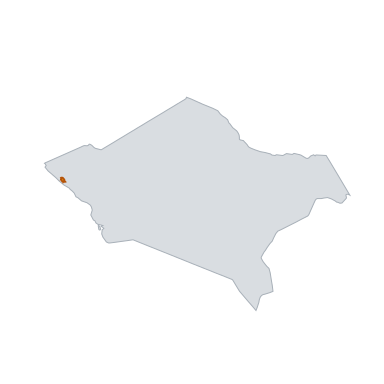 Rabai, Coast, Kenya (highlighted), rotated 112°
{"feature_id": "3690345B74333595130890", "entity_name": "Rabai", "entity_type": "district", "adm_level": 2, "iso_a3": "KEN", "parent_name": "Kenya", "parent_adm1": "Coast", "projection": "equal_earth", "projection_center": [39.614, -3.885], "detail": "fine", "context": "in_parent", "style": "filled", "palette": "amber", "viewbox_px": 384, "rotation_deg": 112, "n_neighbors": 0, "source": "geoboundaries", "source_scale": "gbopen_adm2", "svg_char_len": 3995}
<svg xmlns="http://www.w3.org/2000/svg" viewBox="0 0 384 384"><g transform="rotate(112 192 192)"><path d="M106.2,232.6L106.1,227.7L106.6,215.1L106.6,204.1L107.0,198.5L109.1,195.0L110.0,192.5L110.7,188.9L111.7,186.0L114.1,183.7L114.6,182.4L117.1,178.4L118.6,173.4L119.8,171.6L121.2,170.0L122.3,169.2L123.9,168.4L125.2,167.9L125.5,167.5L125.6,166.7L125.1,163.5L125.7,162.5L126.6,160.4L127.6,158.4L128.5,157.2L129.1,155.9L129.3,153.7L129.3,152.2L129.3,149.6L129.0,143.8L128.0,138.9L127.3,133.5L127.8,131.7L127.0,128.5L126.5,128.3L125.8,127.6L125.0,124.6L124.3,121.9L123.9,121.2L121.0,118.8L119.6,113.1L118.0,111.9L117.1,106.3L117.0,104.7L117.9,99.1L117.8,97.8L116.8,96.6L114.1,95.4L111.9,93.1L112.2,92.3L112.4,91.4L111.2,90.9L107.9,81.3L112.2,75.5L116.6,69.7L122.2,62.3L127.4,55.5L131.8,49.7L135.8,44.5L135.7,45.5L135.7,46.8L136.2,47.6L137.0,48.2L138.1,47.6L139.1,46.8L140.1,46.6L146.0,48.8L147.0,50.6L146.9,52.7L147.2,54.2L146.7,55.7L146.2,60.1L146.4,64.3L148.1,67.3L149.7,69.7L151.0,73.1L151.9,74.1L153.2,74.6L157.3,74.8L163.3,75.0L169.1,75.2L169.6,75.3L170.9,75.7L176.2,80.3L181.1,84.4L185.3,88.1L189.3,91.6L193.2,95.0L196.2,97.8L199.2,98.7L204.1,99.1L207.5,99.2L210.6,100.4L215.2,101.5L218.6,102.1L220.7,102.7L226.5,103.4L227.5,103.0L230.0,99.9L232.9,94.8L234.0,92.0L237.7,89.2L244.2,85.3L248.7,82.5L253.8,79.7L256.1,82.1L259.3,86.0L260.7,87.9L261.9,88.7L263.6,89.3L265.7,89.3L266.9,89.2L269.2,88.7L274.7,88.3L277.9,88.3L275.2,93.4L272.1,99.5L266.2,110.8L261.8,116.7L258.4,121.2L258.1,122.0L258.1,127.0L258.2,139.2L258.3,163.6L258.3,188.0L258.4,212.5L258.4,224.7L258.4,228.8L261.4,233.9L264.3,239.0L268.1,245.6L270.1,249.2L270.5,250.3L270.4,252.7L267.2,257.7L264.7,260.0L261.2,261.0L260.2,260.8L258.8,260.1L258.3,261.3L257.9,263.2L257.1,262.8L256.5,262.2L256.9,265.5L257.2,267.2L256.7,269.4L255.0,271.3L254.9,272.9L251.2,277.2L246.1,277.7L243.4,279.8L242.2,281.5L241.3,285.3L241.6,291.1L240.1,295.5L239.9,297.8L237.2,300.7L236.0,303.3L235.2,306.0L234.4,307.2L233.5,313.3L232.3,317.0L231.9,318.2L231.6,319.3L230.6,321.5L230.0,322.9L229.6,323.9L226.4,333.3L224.0,337.6L222.1,337.1L220.8,338.8L220.7,339.5L220.0,339.1L218.4,337.5L215.1,334.3L211.8,331.1L208.5,327.9L205.2,324.7L201.9,321.5L198.6,318.3L195.3,315.1L192.0,311.9L190.0,310.1L189.2,309.0L188.5,306.7L188.2,306.2L187.3,305.5L186.3,305.3L186.0,304.9L186.0,303.9L186.3,302.3L187.5,299.4L187.7,297.7L187.4,295.7L187.0,292.6L186.7,291.8L184.5,290.2L179.9,286.7L175.4,283.3L170.8,279.9L166.2,276.4L161.6,273.0L157.0,269.5L152.4,266.1L147.8,262.6L143.2,259.2L138.6,255.7L134.1,252.3L129.5,248.8L124.9,245.4L120.3,241.9L115.7,238.5L111.1,235.0L109.4,233.7L107.8,232.6L106.2,232.6ZM258.8,266.1L258.0,266.4L258.4,264.7L260.8,262.6L261.7,263.1L261.9,263.6L261.8,264.0L261.4,264.5L258.8,266.1Z" fill="#d9dde1" stroke="#a8b0b8" stroke-width="1"/><path d="M229.0,318.3L229.2,318.2L229.3,318.3L229.2,318.3L229.3,318.4L229.5,318.4L229.8,318.3L229.8,318.2L229.9,317.9L229.8,317.7L229.7,317.6L229.7,317.4L229.8,317.3L230.3,317.2L230.6,316.8L230.7,316.6L230.8,316.6L230.9,316.4L230.9,316.2L230.9,315.9L230.8,315.7L231.0,315.5L230.9,315.5L231.0,315.4L230.9,315.4L230.9,315.2L230.8,314.9L230.8,314.7L230.7,314.7L230.6,314.4L230.4,314.3L230.4,314.2L230.3,313.9L230.3,313.7L230.2,313.7L230.0,313.4L230.0,313.2L229.9,313.0L229.7,313.2L229.6,313.4L229.6,313.5L229.7,313.8L229.6,314.0L229.4,314.2L229.4,314.3L229.5,314.5L229.4,314.8L229.2,314.8L229.1,315.0L228.9,315.1L228.9,314.9L228.7,314.8L228.4,314.8L228.2,314.9L228.2,315.0L228.3,315.1L228.3,315.3L228.2,315.3L228.0,315.5L227.9,315.6L227.7,315.8L227.8,316.0L227.8,316.3L227.7,316.4L227.7,316.5L227.4,316.6L227.2,316.8L227.1,317.0L227.1,317.3L227.2,317.5L227.3,317.6L227.2,317.8L227.2,318.0L227.3,318.1L227.5,318.3L227.5,318.2L227.6,318.3L227.7,318.5L227.6,318.8L227.6,319.0L227.6,319.3L227.6,319.2L227.8,319.1L228.0,319.1L228.3,319.0L228.2,319.0L228.2,318.9L228.2,318.7L228.3,318.7L228.5,318.4L228.7,318.2L228.8,318.0L229.0,318.2L229.0,318.3Z" fill="#f59e0b" stroke="#b45309" stroke-width="1.5"/></g></svg>